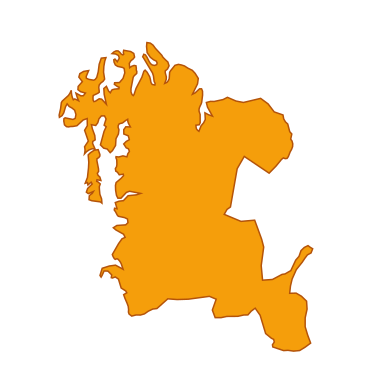 the border of South Chungcheong, rotated 11°
{"feature_id": "KOR-2502", "entity_name": "South Chungcheong", "entity_type": "Province", "adm_level": 1, "iso_a3": "KOR", "parent_name": "South Korea", "parent_adm1": "", "projection": "equal_earth", "projection_center": [126.614, 36.518], "detail": "fine", "context": "isolated", "style": "filled", "palette": "amber", "viewbox_px": 384, "rotation_deg": 11, "n_neighbors": 0, "source": "natural_earth", "source_scale": "10m", "svg_char_len": 5871}
<svg xmlns="http://www.w3.org/2000/svg" viewBox="0 0 384 384"><g transform="rotate(11 192 192)"><path d="M179.8,313.1L175.8,314.4L171.9,317.3L168.6,320.7L164.9,322.6L160.5,323.4L156.5,325.3L153.5,323.8L152.5,322.0L152.2,319.6L151.2,316.4L149.5,313.6L146.3,308.9L144.5,305.8L147.2,303.4L145.9,301.8L140.8,299.8L136.4,291.5L132.9,290.0L130.3,291.6L129.1,291.5L129.0,288.7L124.6,285.7L120.8,286.3L119.6,291.2L119.0,292.9L117.6,291.5L118.4,284.0L125.0,280.4L130.9,278.4L139.1,281.0L136.2,275.9L134.5,273.9L132.4,272.2L131.1,271.8L129.5,272.8L128.4,272.2L126.9,270.5L125.7,268.6L129.8,256.6L132.2,251.3L135.0,249.3L132.9,246.5L124.6,243.8L121.6,242.1L124.6,239.2L133.2,236.9L135.0,234.3L133.8,230.8L130.7,230.0L124.3,229.9L123.0,228.9L120.7,226.0L119.1,224.5L119.1,222.7L121.6,222.7L118.7,217.0L122.2,214.9L126.3,213.6L130.0,207.8L138.0,205.4L141.8,203.2L130.5,203.2L127.7,204.9L123.5,211.6L120.4,212.2L118.5,209.7L116.7,204.9L115.6,200.1L115.7,197.2L119.8,192.1L121.7,189.0L121.1,187.6L117.3,189.0L115.6,187.3L114.1,186.3L113.2,186.1L112.3,183.7L113.1,181.5L113.0,179.2L112.0,174.8L110.8,172.9L110.7,171.8L113.4,171.6L117.3,169.7L121.4,169.9L121.7,166.7L122.8,164.0L121.3,161.7L119.0,161.2L115.8,157.9L117.8,154.9L120.5,152.6L118.7,149.0L114.0,148.1L113.1,143.8L114.6,140.6L119.1,139.9L116.5,136.7L115.6,135.1L115.0,132.9L113.4,134.3L110.6,137.5L107.6,138.9L106.9,140.7L107.1,142.6L108.4,144.8L108.7,149.1L107.2,154.2L108.1,160.9L106.0,166.6L104.2,169.0L100.6,166.0L96.9,165.8L93.1,163.2L94.1,149.3L95.3,144.3L93.0,143.2L93.7,136.7L91.6,134.0L88.5,134.6L86.7,137.9L86.3,142.0L84.8,145.1L80.4,145.1L82.2,149.1L85.8,155.1L87.0,159.3L84.9,161.3L85.2,163.4L88.5,168.1L85.5,168.7L83.0,170.3L80.8,172.5L79.2,175.1L79.2,173.2L79.0,171.3L78.5,169.6L77.9,168.1L80.5,161.8L74.8,151.9L76.6,146.9L75.1,139.9L71.5,142.0L66.4,148.9L62.6,150.4L60.3,150.9L58.3,151.7L56.3,151.8L54.0,150.4L52.6,146.8L52.3,144.4L53.3,143.4L61.3,143.5L63.3,142.0L63.3,138.1L61.2,134.1L58.2,132.5L55.1,131.5L52.6,129.3L51.6,132.4L51.0,138.8L49.9,141.8L47.6,144.0L46.9,141.9L47.1,135.5L46.7,129.2L47.3,127.5L52.3,120.8L53.3,118.4L54.1,115.2L54.7,117.6L55.5,119.9L56.5,122.0L57.9,124.1L58.9,123.1L60.2,123.2L63.3,124.1L61.3,121.0L59.2,117.1L64.7,118.8L67.0,118.2L68.5,115.2L63.5,114.8L60.5,113.3L60.1,110.1L63.3,104.6L59.0,100.8L59.3,97.2L62.6,94.3L67.4,92.5L66.1,98.8L66.6,100.5L69.2,101.1L74.1,101.0L75.4,100.1L76.6,97.8L77.0,92.0L76.5,84.3L77.4,77.9L81.9,76.5L81.4,80.0L81.5,85.5L82.3,91.2L84.7,97.9L83.6,100.3L81.7,102.4L80.5,104.6L80.5,107.0L81.7,110.8L81.9,111.8L80.8,113.0L76.6,116.1L76.8,118.3L77.4,120.7L78.4,122.0L79.8,121.4L83.1,118.2L85.6,118.1L91.2,122.2L87.2,113.0L85.7,107.2L87.8,104.6L90.9,108.9L92.9,110.2L93.7,107.4L94.6,106.6L96.6,105.7L100.5,104.6L100.5,103.1L98.9,102.8L95.2,101.1L95.2,99.5L99.9,98.4L102.6,93.7L103.3,87.9L101.8,83.6L100.1,83.0L95.0,82.9L92.5,81.9L90.7,79.4L90.0,77.1L91.0,76.2L93.8,78.4L95.1,74.4L93.7,72.0L90.7,71.1L87.1,71.4L88.6,69.4L90.5,68.0L92.6,67.6L94.5,68.7L96.3,70.2L98.0,70.6L98.7,69.8L97.9,67.9L97.9,65.9L105.0,65.8L108.4,67.1L109.9,70.5L108.9,72.6L107.0,74.8L105.9,77.7L107.1,81.9L108.8,80.1L111.0,78.8L112.9,78.8L113.7,81.0L114.0,82.8L114.9,84.4L115.1,86.2L113.0,89.0L112.4,90.6L112.4,102.1L113.0,105.4L114.5,107.8L115.9,108.6L116.5,107.4L117.3,101.0L120.9,88.8L121.7,82.7L122.7,81.3L125.1,83.0L128.5,87.0L129.8,89.7L130.8,92.3L132.3,94.0L135.1,94.1L135.1,92.5L133.7,90.6L132.0,85.4L130.5,82.7L118.6,69.4L117.8,68.7L118.4,66.0L120.1,66.3L122.1,68.3L125.2,72.3L126.8,73.9L128.8,74.9L131.2,74.9L133.0,73.7L133.2,72.0L131.9,70.3L129.1,69.6L125.4,67.7L121.4,63.8L119.6,57.8L119.2,53.9L122.7,53.8L125.8,55.3L128.6,57.9L136.2,63.5L137.7,65.2L140.7,67.3L143.5,69.0L145.4,72.5L144.5,75.9L142.6,78.3L143.0,80.1L144.9,84.0L145.2,86.4L144.5,90.6L146.6,89.1L147.5,87.2L148.0,85.0L147.2,78.7L148.0,76.7L151.1,70.9L154.3,69.3L157.3,69.3L160.6,69.7L164.3,71.2L169.1,72.5L172.4,74.9L176.5,79.3L176.8,84.8L173.8,95.9L176.1,94.2L179.7,89.3L181.7,88.9L183.1,91.0L183.9,94.8L184.4,102.1L184.2,103.7L183.3,107.2L183.1,109.2L183.5,111.3L185.2,114.4L186.8,122.4L186.3,124.6L183.1,125.7L183.7,127.8L184.4,129.3L185.6,130.3L187.2,131.1L188.3,125.3L190.2,121.9L191.2,118.3L189.6,111.8L193.5,113.0L197.6,113.6L191.0,105.7L189.0,101.4L192.9,99.5L196.5,98.9L204.9,95.3L208.7,92.3L217.8,94.3L225.4,94.3L241.5,87.0L249.9,91.0L257.4,97.7L266.6,99.0L268.1,102.8L270.4,105.4L273.0,107.0L276.4,114.1L278.9,116.0L278.8,121.3L280.4,122.8L281.7,125.4L282.1,128.3L281.6,131.2L280.7,133.9L279.8,138.9L278.9,140.9L277.1,141.5L275.2,141.1L273.6,143.0L269.5,150.6L264.1,158.8L236.5,147.1L231.9,160.5L232.6,199.4L229.7,202.4L227.9,207.8L245.7,211.5L258.9,207.7L269.4,225.1L272.9,232.4L274.0,251.1L278.1,265.1L287.7,262.5L296.1,255.7L298.9,254.7L304.0,250.3L306.8,239.1L309.3,234.8L310.2,228.7L312.8,225.0L316.1,222.5L318.8,223.8L321.3,224.7L320.5,229.1L317.3,231.7L315.4,235.6L313.6,239.9L309.2,248.3L306.9,258.3L306.6,265.4L307.2,272.8L313.5,271.4L319.3,273.4L325.3,277.3L327.3,285.0L327.1,293.9L328.8,302.7L332.8,310.3L337.3,317.7L332.7,322.7L327.9,327.1L322.1,328.8L316.4,329.1L312.2,330.2L300.9,328.7L300.1,326.6L301.4,323.6L300.3,321.1L297.8,320.4L291.3,316.9L282.4,300.0L276.2,294.0L272.9,297.6L270.3,302.0L266.2,302.9L260.7,305.3L249.9,307.5L244.5,309.8L238.7,310.9L234.5,304.0L236.2,292.6L229.0,291.1L208.9,297.9L197.9,300.4L188.6,301.5L179.8,313.1ZM100.6,207.0L102.0,211.8L104.6,216.1L105.7,220.1L103.9,219.2L95.2,219.7L92.4,219.2L91.9,215.4L92.8,214.0L94.3,212.5L95.1,210.3L90.5,213.4L88.3,212.3L88.9,208.4L92.5,203.2L91.1,201.6L88.5,205.0L87.6,202.7L85.5,203.8L86.6,197.7L85.8,188.2L85.0,182.5L83.0,175.4L84.6,173.0L88.1,169.6L91.8,168.3L94.4,172.7L94.7,174.3L93.9,176.1L92.4,177.4L92.6,179.2L95.8,187.1L96.4,189.6L95.5,191.7L96.5,193.5L98.7,194.9L100.4,198.1L96.4,198.1L96.4,199.7L97.7,200.0L100.4,201.6L100.0,204.5L100.6,207.0Z" fill="#f59e0b" stroke="#b45309" stroke-width="1.5"/></g></svg>